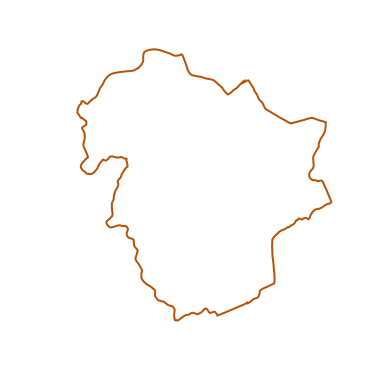 outline of Nayala, Nayala, Burkina Faso, rotated 19°
{"feature_id": "67063806B13297228427715", "entity_name": "Nayala", "entity_type": "district", "adm_level": 2, "iso_a3": "BFA", "parent_name": "Burkina Faso", "parent_adm1": "Nayala", "projection": "natural_earth1", "projection_center": [-3.089, 12.661], "detail": "fine", "context": "isolated", "style": "outline", "palette": "amber", "viewbox_px": 384, "rotation_deg": 19, "n_neighbors": 0, "source": "geoboundaries", "source_scale": "gbopen_adm2", "svg_char_len": 5962}
<svg xmlns="http://www.w3.org/2000/svg" viewBox="0 0 384 384"><g transform="rotate(19 192 192)"><path d="M256.3,300.5L266.8,291.4L274.2,284.6L278.3,280.9L280.3,278.6L280.7,279.0L281.1,279.2L283.0,276.6L283.8,275.4L285.0,273.1L287.9,271.0L288.5,270.3L288.8,269.5L289.0,268.0L288.9,265.2L288.5,264.3L288.4,263.5L289.2,261.9L290.7,260.1L294.7,256.4L299.4,251.7L299.1,249.6L298.3,247.1L296.9,243.3L294.7,238.8L292.6,233.8L289.0,226.5L285.3,217.0L283.5,210.9L283.4,210.3L283.6,210.0L284.0,209.0L284.4,207.5L285.7,204.4L286.4,203.3L287.3,201.4L289.1,199.2L291.4,197.3L292.2,196.3L292.9,195.6L293.8,194.2L295.2,193.7L295.5,193.3L296.3,191.7L298.4,189.5L299.4,187.4L299.5,185.3L300.8,184.1L300.9,183.5L301.5,183.1L301.6,182.2L304.7,182.2L305.4,182.0L305.6,181.0L307.9,179.4L309.7,179.6L310.9,179.9L311.1,179.7L311.6,178.0L311.7,175.0L312.4,171.9L312.8,170.8L313.3,170.4L313.7,169.3L314.3,168.4L315.9,167.3L318.0,166.2L320.1,164.1L321.6,161.9L324.0,159.1L325.7,158.4L327.0,156.7L327.0,156.0L324.1,152.6L322.0,150.3L319.1,146.9L316.0,143.7L313.8,141.2L312.1,139.6L311.4,139.2L310.8,139.1L310.1,139.2L308.9,140.0L307.4,140.7L306.9,140.8L305.9,140.6L304.7,140.7L302.4,141.5L300.8,141.1L299.6,140.6L298.6,139.9L297.8,138.8L297.0,137.1L297.0,135.0L297.5,133.1L298.3,131.1L298.7,129.5L298.6,127.8L295.6,120.7L295.2,119.1L295.2,117.7L295.6,115.2L296.5,110.7L297.2,108.1L296.3,105.8L296.1,103.3L296.3,100.4L297.5,94.8L297.9,91.7L297.8,90.1L297.1,86.7L296.2,84.1L295.9,82.6L292.7,82.5L289.7,82.8L284.9,82.8L282.5,82.7L281.4,82.9L280.5,83.2L279.7,83.7L276.8,85.6L274.3,87.5L272.0,89.0L269.1,91.0L263.7,94.6L262.7,94.9L261.2,94.8L250.4,92.9L244.2,91.6L242.4,91.3L240.3,90.7L238.1,90.3L234.6,89.7L232.0,87.3L229.1,84.3L227.5,83.8L225.7,82.9L224.1,81.5L221.9,78.9L218.8,76.7L215.8,73.3L212.4,70.7L210.4,69.0L209.3,68.2L208.9,68.1L208.2,68.5L206.8,69.9L205.4,71.4L204.9,71.9L204.9,70.2L204.4,70.8L202.9,73.7L200.8,78.4L199.9,79.9L198.6,81.4L197.8,82.6L196.9,84.6L195.3,87.0L194.1,88.1L190.5,86.4L187.4,84.4L186.9,83.7L178.1,80.0L176.6,79.4L175.3,79.2L171.8,79.5L168.6,80.1L166.0,80.1L162.3,80.3L158.6,81.1L154.2,81.4L152.4,81.2L151.5,80.9L150.9,80.4L147.9,77.7L146.2,75.3L143.2,71.3L138.8,66.1L138.0,65.5L137.3,65.2L135.9,66.5L134.9,67.3L131.8,68.7L129.5,68.8L126.9,68.3L124.6,68.3L116.1,68.3L112.6,68.7L109.5,69.5L107.7,70.3L105.6,71.4L103.5,72.9L101.4,75.1L101.2,75.8L101.2,77.0L101.9,80.4L102.6,82.0L103.2,84.2L103.0,86.8L102.2,89.4L101.1,91.7L99.3,94.0L97.3,96.1L94.8,97.5L89.3,99.9L84.0,102.5L79.5,105.0L77.0,107.0L75.3,108.9L73.7,112.8L72.9,115.2L72.7,118.4L71.2,124.0L70.9,129.5L70.7,131.5L70.2,133.4L69.3,134.7L68.2,135.9L66.0,139.7L65.2,141.5L64.6,142.5L63.9,142.9L63.4,142.9L62.3,142.7L60.0,141.7L59.3,141.7L58.6,141.8L58.0,142.4L58.2,142.8L58.4,143.8L58.4,144.5L58.2,145.1L57.6,146.1L57.3,147.0L57.0,150.4L57.3,152.7L57.9,154.5L59.0,155.3L60.1,155.8L61.9,157.4L62.2,157.4L62.9,158.1L63.5,158.2L64.2,157.8L66.2,158.6L66.9,158.9L68.6,159.2L69.1,160.0L69.5,160.6L69.6,161.2L70.0,162.0L70.0,162.8L69.9,163.2L68.2,165.2L67.4,166.3L67.2,166.8L67.4,167.7L69.3,169.3L71.5,171.9L71.6,172.3L72.0,173.0L72.1,173.6L72.9,175.2L73.2,176.8L73.3,179.0L73.8,182.3L74.2,183.5L74.7,184.2L76.3,186.0L80.0,189.9L81.1,191.3L81.4,191.8L81.7,192.0L82.3,192.9L82.0,193.7L81.1,195.0L80.1,197.2L79.8,198.3L79.1,199.3L79.0,199.9L78.4,201.9L78.4,203.6L78.7,204.6L80.2,206.1L82.1,207.3L83.9,207.6L84.4,207.8L85.6,208.7L86.2,208.8L87.8,208.8L88.5,208.3L89.4,208.4L90.1,208.1L92.1,206.7L93.4,204.5L93.8,203.3L94.4,201.8L94.7,200.8L95.0,197.8L95.4,195.6L95.8,194.0L96.4,192.7L97.0,190.7L97.8,190.1L98.3,190.4L99.9,190.5L101.0,189.6L101.7,188.5L101.9,188.0L102.1,187.6L102.2,186.9L102.4,186.2L103.0,185.2L103.7,184.8L105.5,184.2L108.4,184.1L110.3,183.6L111.0,183.5L111.8,183.2L113.4,182.0L113.9,181.9L117.1,182.3L117.8,182.3L118.6,181.9L119.3,181.9L119.5,182.3L119.6,183.4L119.9,184.1L120.6,184.6L122.6,188.4L122.8,189.1L122.0,190.1L121.3,191.4L120.5,195.2L119.8,197.6L119.8,198.5L119.9,201.1L119.7,201.6L118.5,204.2L118.2,205.9L119.5,208.4L119.9,209.2L120.0,209.8L120.1,210.6L119.9,212.0L119.2,215.6L119.2,217.6L119.4,221.0L120.2,224.0L120.3,224.7L120.0,227.1L120.0,228.7L120.2,229.9L120.8,231.2L121.3,232.9L123.1,236.8L123.7,237.7L124.1,238.7L124.2,239.5L124.3,240.5L124.2,241.2L122.6,244.4L121.4,246.4L121.1,247.1L120.9,248.2L121.1,248.7L121.4,249.3L122.6,250.7L125.3,251.9L126.8,252.0L130.0,250.0L131.5,248.5L132.2,248.3L132.8,248.0L134.2,247.0L135.1,246.8L136.0,247.0L137.4,246.8L140.2,245.9L141.0,245.8L142.2,246.5L143.3,247.5L143.6,248.2L143.6,251.7L143.8,252.8L144.4,253.9L144.8,254.5L145.3,254.9L146.8,255.8L151.5,255.8L152.0,256.0L152.7,256.9L153.7,259.3L154.0,260.4L155.0,261.8L156.0,262.6L158.9,264.2L159.3,264.6L159.5,265.0L159.8,265.8L160.0,270.0L160.0,271.3L160.1,272.6L160.3,273.6L161.0,274.5L161.8,275.3L162.6,275.9L164.6,277.2L167.4,279.5L170.3,282.3L170.4,282.7L170.6,283.5L170.6,284.5L170.9,286.4L171.9,289.3L172.3,289.9L173.9,291.3L175.3,292.3L175.7,292.4L176.0,292.6L176.3,292.8L177.5,293.3L180.5,294.3L181.7,294.5L182.5,294.7L185.1,295.3L185.7,295.5L185.9,295.8L186.8,296.1L187.3,296.1L188.5,296.7L189.6,298.2L189.9,298.8L190.3,300.6L190.7,302.1L191.0,302.5L191.5,302.9L192.8,303.7L193.2,304.1L193.5,304.2L194.7,305.1L195.3,305.3L196.7,305.3L197.3,305.1L198.4,305.3L199.6,305.2L199.8,305.0L200.3,304.8L201.0,304.9L204.9,306.3L206.3,306.6L207.9,306.7L210.8,306.5L211.2,306.6L212.1,307.2L213.5,308.5L214.1,309.3L214.7,312.2L215.4,314.9L216.3,316.7L217.4,318.5L218.0,318.8L218.5,318.8L219.0,318.2L220.0,318.2L220.5,318.0L222.2,315.8L222.8,314.7L225.0,311.7L226.1,310.5L226.8,310.1L228.5,309.4L228.8,309.1L230.3,307.1L232.3,305.8L233.0,305.7L235.3,306.0L237.3,305.7L237.9,305.3L238.6,304.1L239.7,303.2L240.2,302.4L241.3,300.0L241.8,298.5L242.0,298.2L242.8,297.9L243.5,297.8L244.4,297.9L244.9,298.2L246.9,299.9L247.6,300.3L248.2,300.4L248.8,300.3L251.3,298.4L251.9,298.0L252.4,297.9L253.1,298.0L254.1,298.6L254.9,299.2L256.3,300.5Z" fill="none" stroke="#b45309" stroke-width="2"/></g></svg>